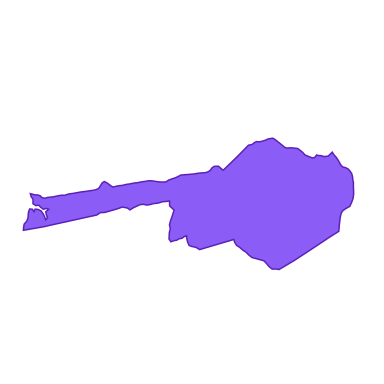 São Vicente Ferrer, Maranhão, Brazil (Natural Earth projection), rotated 10°
{"feature_id": "56859067B59891641299811", "entity_name": "São Vicente Ferrer", "entity_type": "district", "adm_level": 2, "iso_a3": "BRA", "parent_name": "Brazil", "parent_adm1": "Maranhão", "projection": "natural_earth1", "projection_center": [-45.015, -2.873], "detail": "fine", "context": "isolated", "style": "filled", "palette": "violet", "viewbox_px": 384, "rotation_deg": 10, "n_neighbors": 0, "source": "geoboundaries", "source_scale": "gbopen_adm2", "svg_char_len": 2730}
<svg xmlns="http://www.w3.org/2000/svg" viewBox="0 0 384 384"><g transform="rotate(10 192 192)"><path d="M323.2,128.4L319.9,133.0L315.8,134.2L313.0,133.8L310.7,134.1L308.3,133.9L306.8,136.8L304.5,137.5L302.4,137.1L296.8,135.9L293.9,133.6L291.5,132.3L288.5,130.8L283.4,131.1L280.2,131.6L277.8,132.3L275.5,131.9L272.4,130.1L269.5,128.5L264.5,125.8L262.1,125.0L257.8,126.5L255.5,128.1L253.0,129.5L249.3,131.0L246.9,131.1L245.0,132.4L242.9,134.8L239.5,136.1L230.5,149.2L219.0,165.1L216.8,164.0L213.6,162.0L209.4,162.9L207.6,164.6L206.1,167.7L203.9,169.6L201.6,170.7L198.7,171.4L194.6,172.5L190.9,173.9L187.3,174.8L185.3,175.4L182.7,176.0L178.0,177.3L175.9,178.9L173.8,180.5L171.2,181.9L167.0,184.3L164.4,186.7L161.4,187.3L158.6,187.7L155.1,187.9L152.2,187.9L149.9,188.0L147.6,188.4L143.9,189.7L139.6,191.1L136.5,192.4L134.0,193.0L131.7,193.9L128.9,195.0L125.7,196.0L122.2,197.6L119.5,198.3L116.1,199.6L113.3,200.8L111.1,200.0L108.2,198.5L105.9,197.5L103.8,196.9L101.9,198.7L100.8,201.6L99.6,204.4L97.5,206.1L95.2,207.2L93.0,207.9L87.4,209.8L82.8,211.2L80.3,212.1L77.6,213.1L74.9,214.1L72.5,214.8L69.7,215.9L67.0,217.5L64.8,217.6L61.5,218.7L58.2,220.0L56.2,220.9L53.3,221.7L50.5,222.5L48.3,223.7L45.3,223.6L43.2,222.1L40.8,221.7L38.2,222.1L33.1,221.7L34.4,224.5L36.7,226.8L37.4,231.1L40.5,232.5L43.5,231.6L45.4,233.2L48.7,234.8L51.2,233.5L53.8,233.9L51.4,236.9L52.5,239.7L54.1,242.5L52.7,244.8L51.2,242.1L49.4,239.6L46.6,236.8L43.3,235.9L40.5,236.1L39.8,238.8L37.8,236.7L35.1,236.9L34.5,239.7L34.6,242.2L35.0,246.0L34.3,249.5L32.3,252.7L32.3,256.0L32.6,259.0L52.2,251.9L58.8,249.1L78.4,241.0L99.8,232.2L102.4,231.1L105.3,228.2L107.9,227.7L110.1,227.1L115.3,224.5L117.3,223.6L122.4,221.0L126.0,218.9L131.2,219.0L134.0,220.4L136.9,217.8L140.0,215.6L143.0,213.5L146.1,212.6L149.9,212.7L152.7,211.7L156.7,209.9L159.8,209.1L162.2,208.0L164.6,206.7L166.8,206.2L171.4,204.8L172.4,209.6L177.5,212.9L176.5,220.3L175.8,224.4L175.5,228.2L177.0,232.0L176.7,235.8L177.1,238.8L177.5,242.2L179.8,244.7L182.9,243.0L185.4,242.1L187.3,240.4L190.2,239.3L191.8,237.5L194.1,236.1L195.0,238.9L196.4,242.2L198.4,245.1L201.4,245.7L205.5,245.8L209.5,247.4L241.4,231.5L243.1,234.6L245.3,236.9L248.3,238.1L250.6,239.5L252.9,240.8L255.4,241.7L258.7,244.1L262.4,246.1L268.9,246.7L272.4,247.0L274.8,247.3L277.3,249.1L280.7,252.0L284.3,254.0L288.2,253.2L291.1,253.3L304.7,241.6L321.7,225.6L335.0,212.9L343.4,205.2L342.8,198.6L342.4,191.6L342.6,187.3L343.5,184.6L346.0,181.9L349.9,178.7L351.0,174.6L351.7,170.5L351.6,166.3L350.9,162.6L350.0,158.6L349.3,154.5L348.1,151.7L347.6,149.4L346.0,146.0L343.5,143.5L341.7,142.2L338.8,141.3L336.1,141.2L334.0,139.7L330.5,135.4L327.6,132.4L325.6,131.0L323.2,128.4Z" fill="#8b5cf6" stroke="#5b21b6" stroke-width="1.5"/></g></svg>